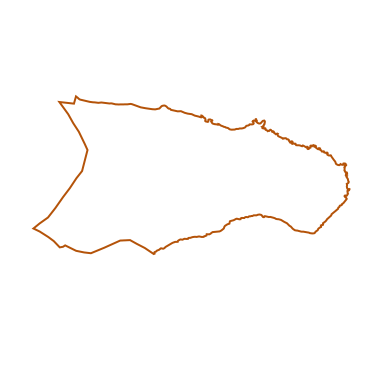 the district of Mrémani, Andjouân, Comoros, rotated 285°
{"feature_id": "10938185B83207987774368", "entity_name": "Mrémani", "entity_type": "district", "adm_level": 2, "iso_a3": "COM", "parent_name": "Comoros", "parent_adm1": "Andjouân", "projection": "equal_earth", "projection_center": [44.513, -12.33], "detail": "fine", "context": "isolated", "style": "outline", "palette": "amber", "viewbox_px": 384, "rotation_deg": 285, "n_neighbors": 0, "source": "geoboundaries", "source_scale": "gbopen_adm2", "svg_char_len": 6106}
<svg xmlns="http://www.w3.org/2000/svg" viewBox="0 0 384 384"><g transform="rotate(285 192 192)"><path d="M115.7,48.3L114.4,55.1L111.3,64.9L108.8,71.2L104.3,78.6L105.7,81.6L107.6,83.3L105.2,95.3L105.7,103.4L106.7,110.2L115.4,121.6L126.5,135.2L129.5,144.6L127.6,152.2L125.7,160.9L122.2,171.1L122.8,171.8L123.5,171.3L124.2,171.4L125.3,172.8L126.3,173.3L127.7,175.2L129.3,176.3L129.6,176.7L129.7,178.4L129.9,179.1L130.7,179.9L132.1,180.7L137.5,186.0L138.5,187.2L138.8,187.8L139.4,188.5L140.2,191.1L141.1,191.1L141.7,191.5L142.8,192.6L143.2,193.2L143.5,195.2L144.8,196.7L145.4,199.5L145.8,200.3L146.4,200.3L146.9,200.9L147.2,202.1L148.4,203.9L148.9,204.9L149.5,206.4L149.8,208.1L150.9,210.3L151.1,213.1L151.5,214.5L151.9,215.1L152.5,215.3L152.8,216.1L153.7,217.2L155.0,217.1L155.6,219.7L156.5,220.7L157.6,221.4L158.6,222.3L160.9,228.4L161.1,228.9L162.3,230.2L164.7,232.0L165.4,232.2L167.0,232.3L167.9,232.7L170.0,234.6L171.1,236.3L173.5,236.2L174.1,237.0L175.5,239.5L177.4,241.5L177.8,242.2L177.9,244.9L178.3,245.9L179.1,245.9L179.8,246.7L180.4,249.2L181.5,250.0L181.9,250.9L182.1,252.5L182.7,253.1L183.3,253.5L183.7,254.9L184.2,255.5L184.4,256.5L185.4,257.6L186.2,260.4L187.0,261.4L187.7,262.9L187.8,264.3L187.7,265.1L186.3,266.9L186.2,267.4L186.4,268.1L186.9,268.4L187.3,268.3L187.5,268.6L187.6,269.9L187.7,272.7L188.2,274.1L188.2,277.6L188.1,279.0L187.8,279.8L187.8,281.1L188.1,282.7L188.1,285.1L187.0,288.9L186.4,291.8L184.6,294.9L184.2,296.4L182.6,298.8L181.7,301.2L181.8,302.7L182.0,303.6L182.0,307.8L182.5,309.9L183.0,315.4L182.8,316.6L183.1,318.9L183.7,320.6L184.1,321.0L184.7,321.4L185.6,321.6L187.4,323.1L188.0,323.4L189.2,323.5L190.9,324.8L191.6,325.7L192.4,325.6L193.1,325.2L193.7,326.0L194.2,327.0L194.8,327.0L195.7,326.6L198.0,328.4L199.3,329.1L200.5,329.4L205.3,332.5L206.7,332.6L213.5,337.4L214.8,337.4L215.7,338.2L217.0,338.3L217.9,339.7L218.2,339.9L218.7,339.9L218.9,340.2L219.4,340.2L220.4,341.1L225.2,343.2L225.5,343.2L226.4,342.2L226.9,341.0L227.5,340.4L228.0,340.5L228.3,340.9L228.3,342.1L228.6,342.5L230.7,343.1L231.3,342.5L232.3,342.4L232.8,342.1L233.0,341.9L233.6,341.9L234.0,342.4L234.1,343.0L234.5,343.3L235.5,343.4L235.6,343.0L234.9,341.9L235.7,341.0L236.3,340.6L237.5,340.1L238.9,340.0L239.9,339.4L241.3,340.7L242.3,340.8L242.7,340.3L245.1,339.0L246.4,337.5L247.2,336.9L247.3,337.5L247.6,337.6L248.1,336.2L249.2,336.2L249.4,337.1L249.6,337.2L250.7,336.7L251.0,336.3L250.9,336.1L250.3,336.0L250.2,335.8L251.4,334.5L252.0,334.2L252.2,333.7L254.1,333.4L255.2,332.8L255.6,333.2L256.0,333.3L257.1,332.7L257.3,332.9L257.7,334.0L257.9,334.0L258.4,333.2L259.0,333.0L259.1,332.6L259.0,331.7L258.7,330.9L258.1,330.8L257.6,331.0L257.3,330.7L257.1,329.1L257.4,328.2L256.4,327.7L256.0,327.2L255.9,325.9L256.2,324.4L256.6,323.7L258.4,322.5L259.7,320.7L262.5,317.3L263.2,316.9L263.3,316.3L262.9,315.6L262.7,314.4L263.1,313.1L263.8,312.7L264.1,312.9L264.6,312.4L264.8,312.6L265.0,312.2L264.4,311.8L264.3,311.6L264.5,311.3L264.4,309.5L264.7,309.1L265.1,309.1L265.4,308.7L264.8,307.6L264.7,307.0L265.6,306.1L265.7,305.8L265.7,305.3L266.4,304.9L266.7,304.5L267.2,304.4L267.3,303.8L267.1,303.2L266.1,303.3L266.0,302.4L267.2,299.6L267.6,299.6L268.2,299.9L268.5,299.7L268.6,299.1L267.6,298.6L267.5,298.3L267.7,298.1L268.6,298.0L268.7,297.3L268.2,297.0L268.1,296.2L267.4,296.1L267.5,294.7L267.1,294.4L266.6,294.5L265.6,295.0L265.4,294.8L265.0,294.1L264.4,294.0L263.7,293.4L263.5,292.9L263.7,292.4L264.1,292.3L265.0,292.4L265.5,292.0L265.5,291.6L264.5,291.5L265.6,287.5L265.6,287.0L264.7,286.5L264.9,284.3L264.8,283.1L264.4,281.7L264.2,280.5L264.8,279.8L265.4,279.5L265.4,279.2L265.0,278.3L265.3,277.6L265.3,277.1L264.5,276.6L264.5,276.2L265.3,275.8L266.2,276.1L266.6,276.0L266.8,275.4L266.6,274.8L265.3,274.9L265.1,274.6L265.1,274.1L266.6,272.4L267.4,272.0L267.7,271.3L267.5,270.2L268.1,269.3L268.2,268.5L267.8,267.9L267.8,266.9L267.1,266.3L267.0,265.8L267.5,265.0L268.2,261.1L268.5,260.5L269.2,260.1L269.5,259.7L270.0,259.5L270.4,259.7L270.5,259.2L269.5,258.1L270.0,257.2L270.0,256.6L270.3,256.1L271.0,255.8L271.6,255.0L271.6,254.4L270.9,254.3L270.9,253.9L271.5,253.6L271.7,253.0L272.4,252.1L272.4,251.5L271.5,250.8L270.9,250.6L270.8,249.7L270.4,249.4L271.0,248.3L271.1,247.1L271.4,246.7L272.1,246.7L272.4,246.5L272.5,246.1L272.1,245.4L271.9,244.7L271.9,243.6L272.4,243.5L272.8,244.3L273.1,243.8L272.8,243.1L273.0,242.8L273.6,243.7L274.3,243.7L274.4,244.0L274.7,243.9L274.9,244.1L275.9,244.1L276.6,244.5L277.4,244.2L278.6,244.3L279.3,243.9L279.7,243.3L279.2,242.3L278.9,241.9L276.0,240.4L275.5,239.1L275.7,237.6L276.3,236.3L277.6,236.2L278.4,235.4L278.7,235.2L278.9,235.1L278.8,234.7L277.3,234.8L277.0,234.6L277.1,233.3L276.3,232.4L275.7,232.3L275.0,233.3L274.5,233.8L273.7,233.7L273.3,233.4L272.8,232.4L272.2,230.1L271.5,229.9L270.8,229.1L270.0,227.4L268.4,226.7L267.9,226.3L266.9,224.9L266.3,223.7L265.7,221.6L264.9,220.4L264.4,218.5L263.5,217.3L263.2,216.6L262.4,213.9L262.3,212.3L262.5,211.5L263.0,210.7L263.1,209.1L263.0,208.2L263.3,207.2L263.3,206.6L263.2,206.1L263.5,204.6L263.6,203.1L263.8,202.2L264.5,200.6L264.5,199.8L263.9,199.9L263.7,199.8L263.7,198.3L263.4,196.4L263.4,194.8L263.6,193.9L265.0,192.3L266.1,192.8L266.2,193.1L266.4,193.1L266.6,192.7L266.4,192.3L266.8,191.1L266.5,189.7L266.0,189.2L264.2,189.5L263.8,189.1L263.7,187.1L263.9,186.5L264.3,186.3L265.2,186.4L266.6,185.6L266.8,184.3L267.6,183.4L267.8,182.9L267.9,182.6L268.3,181.9L268.3,181.2L267.9,181.2L267.2,182.1L266.8,182.1L266.5,181.6L266.5,179.9L266.6,179.3L266.5,174.8L267.1,171.6L266.6,167.6L266.6,164.5L267.2,160.4L266.2,157.3L265.9,150.4L266.6,149.4L266.7,148.6L266.5,147.9L266.8,147.1L268.0,145.1L268.4,143.7L268.4,143.0L268.0,141.9L267.5,141.0L267.0,140.4L264.2,138.9L262.3,135.1L261.7,132.2L260.9,125.5L260.5,120.5L261.3,111.2L261.2,109.9L260.0,107.0L257.5,98.2L256.9,95.4L256.8,91.5L256.1,89.1L255.0,81.3L253.9,78.5L253.4,74.9L253.0,73.0L252.6,69.9L252.3,59.9L252.6,58.8L253.5,57.1L254.3,55.2L246.8,55.1L244.6,40.6L235.1,52.3L227.8,59.4L220.9,67.1L210.5,76.1L205.5,80.2L183.8,80.4L175.4,76.8L164.1,73.0L153.8,68.8L141.2,64.2L130.1,59.5L122.1,52.9L115.7,48.3Z" fill="none" stroke="#b45309" stroke-width="2"/></g></svg>